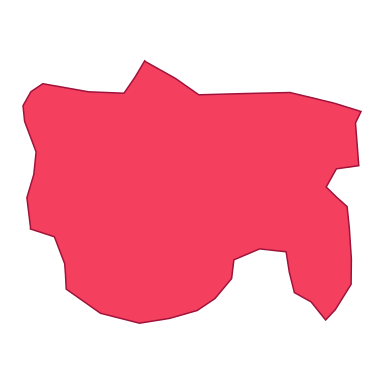 map outline of Kolašin (Albers equal-area conic projection)
{"feature_id": "MNE-1512", "entity_name": "Kolašin", "entity_type": "Municipality", "adm_level": 1, "iso_a3": "MNE", "parent_name": "Montenegro", "parent_adm1": "", "projection": "albers", "projection_center": [19.443, 42.798], "detail": "fine", "context": "isolated", "style": "filled", "palette": "rose", "viewbox_px": 384, "rotation_deg": 0, "n_neighbors": 0, "source": "natural_earth", "source_scale": "10m", "svg_char_len": 727}
<svg xmlns="http://www.w3.org/2000/svg" viewBox="0 0 384 384"><path d="M30.4,229.0L30.5,227.5L26.9,197.7L33.8,174.4L36.1,151.9L29.1,133.3L24.6,121.4L23.0,105.7L30.9,91.7L42.8,83.7L88.4,91.8L124.0,93.2L135.1,77.0L144.7,60.8L146.1,62.0L175.4,78.4L198.8,94.8L242.6,93.6L289.9,92.5L315.8,98.7L334.6,103.3L361.0,111.5L355.5,122.9L358.6,163.5L358.8,165.7L336.4,168.8L326.2,187.0L336.5,197.1L347.1,206.6L349.3,227.6L351.4,259.3L351.1,284.3L335.3,309.7L325.6,320.0L311.1,301.9L294.4,292.6L289.3,272.2L286.1,251.8L259.6,248.9L233.9,259.8L231.6,278.6L215.0,298.5L197.2,310.5L169.5,318.4L139.5,323.2L100.5,313.3L94.0,308.7L66.2,289.1L65.5,274.8L64.7,263.7L54.4,236.8L30.4,229.0Z" fill="#f43f5e" stroke="#9f1239" stroke-width="1.5"/></svg>